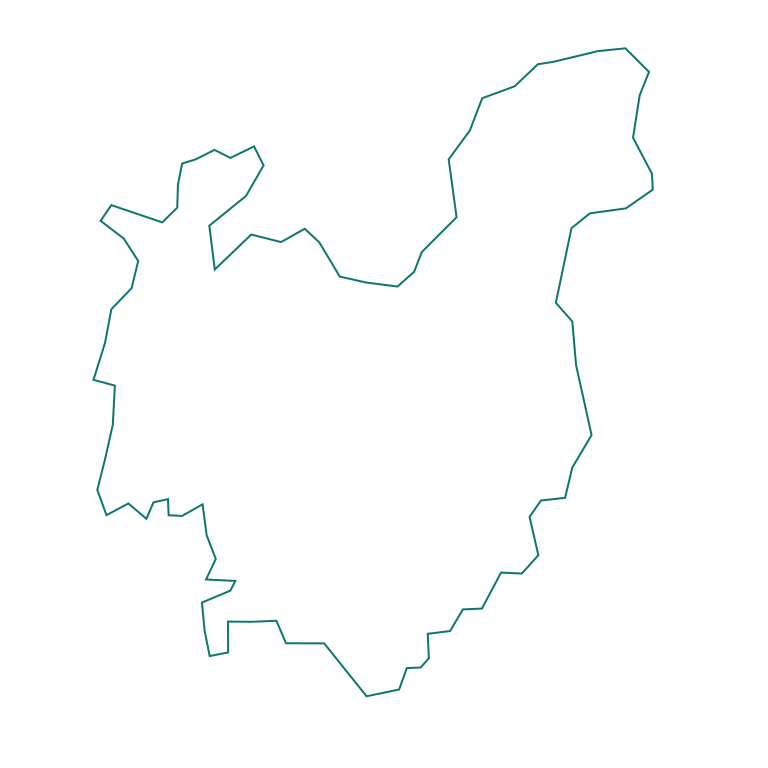 the district of Parkent, Tashkent, Uzbekistan, rotated 354°
{"feature_id": "79887680B47591797278473", "entity_name": "Parkent", "entity_type": "district", "adm_level": 2, "iso_a3": "UZB", "parent_name": "Uzbekistan", "parent_adm1": "Tashkent", "projection": "orthographic", "projection_center": [69.727, 41.255], "detail": "fine", "context": "isolated", "style": "outline", "palette": "teal", "viewbox_px": 768, "rotation_deg": 354, "n_neighbors": 0, "source": "geoboundaries", "source_scale": "gbopen_adm2", "svg_char_len": 1274}
<svg xmlns="http://www.w3.org/2000/svg" viewBox="0 0 768 768"><g transform="rotate(354 384 384)"><path d="M577.0,385.5L577.8,341.5L563.4,321.2L586.7,248.7L606.5,235.8L643.0,234.6L671.6,218.8L672.5,203.0L657.4,165.1L668.5,123.5L680.2,101.3L659.2,75.4L631.4,75.3L586.0,81.3L570.4,82.1L545.0,101.6L511.6,110.0L495.9,140.8L471.8,167.4L473.6,225.7L435.4,256.7L425.7,275.5L407.6,288.5L376.8,281.2L351.3,272.6L334.4,236.3L321.4,221.3L296.5,232.1L267.6,221.5L227.7,252.4L226.8,208.3L266.4,182.6L287.1,154.0L279.6,134.1L254.8,143.1L239.8,133.4L220.3,140.9L206.3,143.6L199.9,164.3L196.8,187.0L180.4,200.1L131.5,177.6L119.2,192.1L140.5,212.3L152.4,236.0L143.0,262.3L120.7,281.1L110.8,314.1L95.5,349.5L116.2,357.5L110.0,396.2L98.9,429.1L87.8,459.4L94.3,485.4L117.3,476.1L133.6,493.2L142.4,477.6L157.1,475.9L156.1,492.0L169.3,494.1L191.0,484.7L191.8,515.7L198.4,540.4L186.6,559.8L215.5,564.3L209.7,573.4L180.1,582.3L179.8,610.5L182.2,636.3L200.9,634.7L204.0,604.0L228.0,606.7L252.2,608.2L259.5,631.6L297.4,635.7L334.0,692.7L367.1,689.4L377.0,668.9L390.8,669.8L399.9,661.5L401.4,637.0L423.9,636.6L438.9,616.4L457.9,617.6L480.7,583.8L501.3,586.9L519.6,570.4L514.9,531.3L527.9,516.3L552.2,516.1L562.5,486.8L585.1,456.5L577.0,385.5Z" fill="none" stroke="#0f766e" stroke-width="2"/></g></svg>